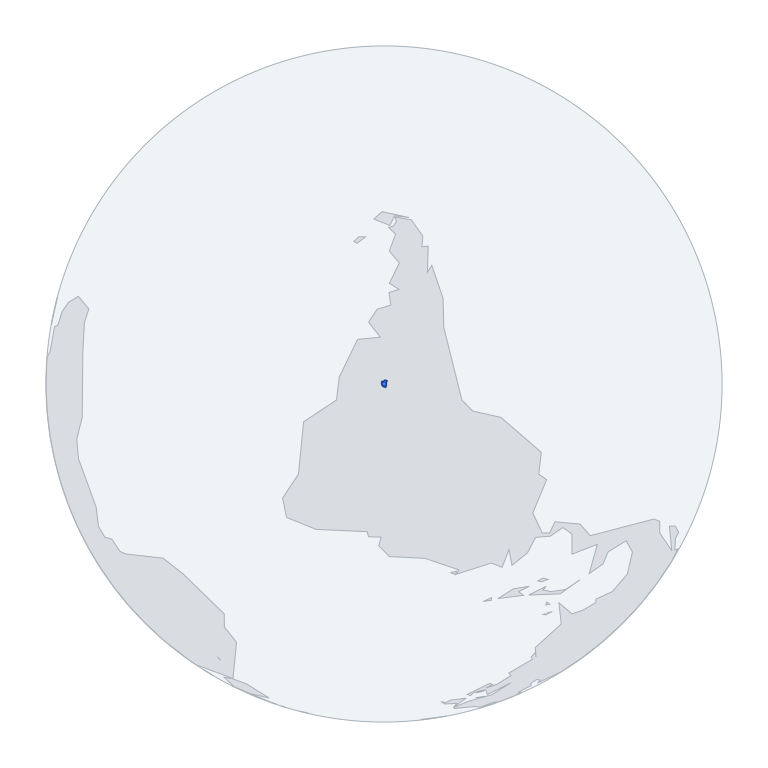 Paraguarí highlighted on a globe, orthographic projection, rotated 167°
{"feature_id": "PRY-611", "entity_name": "Paraguarí", "entity_type": "Department", "adm_level": 1, "iso_a3": "PRY", "parent_name": "Paraguay", "parent_adm1": "", "projection": "orthographic", "projection_center": [-57.025, -26.024], "detail": "fine", "context": "on_globe", "style": "filled", "palette": "blue", "viewbox_px": 768, "rotation_deg": 167, "n_neighbors": 0, "source": "natural_earth", "source_scale": "10m", "svg_char_len": 4806}
<svg xmlns="http://www.w3.org/2000/svg" viewBox="0 0 768 768"><g transform="rotate(167 384 384)"><circle cx="384" cy="384" r="338" fill="#eef3f6" stroke="#a8b0b8"/><path d="M277.6,63.3L278.0,63.3L301.6,58.2L298.3,60.3L301.7,61.7L308.5,59.1L308.3,57.2L321.7,53.6L319.9,52.8L325.1,51.6L327.5,50.8L338.8,49.1L348.4,48.2L347.0,49.1L351.2,49.1L362.0,47.4L368.4,49.4L388.5,52.0L388.9,53.3L372.7,55.9L348.8,57.0L327.8,64.2L353.2,58.2L353.7,63.0L358.7,63.6L365.6,63.1L370.0,61.0L372.6,62.8L348.5,68.5L345.7,66.8L353.4,64.8L342.1,65.8L325.9,71.3L327.4,74.3L301.3,82.4L302.0,84.9L296.8,88.6L297.3,83.8L295.8,93.2L265.3,110.3L262.8,131.5L252.5,117.7L241.0,118.9L226.7,123.4L226.0,126.7L208.1,130.4L189.7,144.0L179.7,164.4L183.3,176.8L203.4,170.0L211.0,159.4L226.7,153.1L212.2,179.8L239.1,175.9L234.6,195.6L242.0,204.0L256.2,198.3L270.8,200.5L282.2,187.2L300.1,178.6L299.5,194.5L310.2,178.8L319.7,185.4L355.9,182.4L352.9,186.1L383.3,204.9L417.5,214.6L425.5,227.7L421.2,235.5L433.4,238.6L433.6,243.9L482.9,257.6L508.9,275.9L508.5,295.6L487.6,315.5L470.8,365.3L433.9,379.1L426.0,400.9L399.7,433.4L377.1,430.4L385.1,447.8L373.8,458.4L359.6,459.4L358.6,472.0L348.1,472.8L356.1,480.9L341.8,498.6L348.9,512.4L339.1,527.3L344.2,535.6L339.5,535.7L335.3,539.3L335.8,544.2L320.4,537.8L312.9,519.2L316.2,509.1L309.9,508.4L316.5,483.3L310.7,488.8L307.2,454.1L313.0,425.6L311.7,350.8L303.6,337.6L277.6,325.2L246.1,282.0L253.5,261.5L247.1,254.1L268.1,224.7L263.3,203.2L256.1,201.6L248.4,211.3L224.5,203.4L217.3,189.8L151.4,191.7L146.2,188.0L148.8,176.8L141.1,156.8L137.9,181.3L132.1,180.0L130.2,173.2L134.7,168.1L138.0,156.8L134.9,157.3L143.6,146.5L163.0,128.4L183.7,111.8L205.7,97.0L228.8,83.9L252.8,72.6L277.6,63.3ZM259.6,139.9L290.5,145.8L271.5,150.4L275.4,147.6L267.9,144.1L253.3,142.9L237.0,149.2L259.6,139.9ZM276.7,124.2L271.2,124.4L276.8,123.2L276.7,124.2ZM322.4,51.7L324.3,51.4L322.2,51.8L321.2,52.0L322.4,51.7ZM347.2,552.4L322.2,540.6L335.8,545.5L342.7,537.2L356.7,547.0L347.2,552.4ZM368.8,531.5L378.4,527.2L381.3,529.6L375.4,533.1L368.8,531.5ZM600.7,124.7L598.0,122.7L605.7,134.2L598.5,131.3L585.3,122.6L566.5,103.8L584.6,112.8L578.2,107.7L560.8,96.2L567.8,100.5L564.3,98.2L600.7,124.7ZM708.6,477.9L706.2,485.9L701.8,491.2L692.1,514.0L688.4,514.9L681.5,526.8L672.9,534.6L662.1,538.2L654.7,523.5L662.1,511.3L670.5,482.0L685.5,419.5L695.8,399.3L698.5,379.7L692.2,329.2L694.2,309.4L690.5,297.5L684.1,294.1L678.8,280.2L674.1,276.6L638.5,264.0L622.5,244.2L591.4,196.0L594.2,183.1L585.8,165.5L597.4,131.0L609.9,139.3L630.4,152.8L634.8,157.5L643.2,167.7L657.3,185.2L670.5,204.9L682.4,225.3L692.7,246.6L701.6,268.6L708.9,291.1L714.6,314.0L718.7,337.3L721.1,360.9L721.9,384.5L721.1,408.2L718.5,431.7L714.4,455.0L708.6,477.9ZM605.2,151.2L607.7,155.8L605.2,151.2ZM357.1,182.1L361.3,185.1L355.4,185.4L357.1,182.1ZM268.1,156.7L275.0,155.8L278.4,157.5L272.9,159.1L268.1,156.7ZM327.9,149.1L336.2,149.8L327.3,151.6L327.9,149.1ZM295.6,146.7L321.3,149.3L304.0,155.3L287.9,154.2L299.5,151.3L295.6,146.7ZM272.0,132.2L276.1,132.3L274.4,135.0L272.0,132.2ZM280.8,123.5L279.0,124.0L277.3,122.5L280.8,123.5ZM355.1,62.7L357.1,62.3L363.8,62.2L360.1,63.2L355.1,62.7ZM396.6,58.5L400.0,61.6L395.0,59.7L390.5,61.0L374.5,59.4L388.2,53.9L384.9,56.4L396.6,58.5ZM356.9,56.9L365.6,57.7L355.6,57.1L356.9,56.9ZM540.3,84.4L536.9,82.9L530.5,79.5L540.3,84.4ZM556.6,93.5L552.8,91.4L553.4,91.6L556.6,93.5ZM363.1,46.7L363.9,46.7L357.6,47.1L363.1,46.7ZM354.2,47.4L358.7,47.2L349.3,47.9L354.2,47.4ZM422.7,48.3L422.1,48.2L423.7,48.9L409.1,47.4L398.1,46.4L397.6,46.4L422.7,48.3ZM624.3,146.4L622.3,144.4L616.9,139.1L624.3,146.4ZM682.3,542.7L684.6,538.1L692.2,522.6L694.9,516.4L682.3,542.7Z" fill="#d9dde1" stroke="#a8b0b8" stroke-width="1"/><path d="M385.5,381.8L385.8,382.1L386.0,382.2L385.9,382.2L385.9,382.3L385.9,382.5L386.0,382.9L386.0,383.0L386.2,383.3L386.3,383.5L386.2,383.6L385.9,383.7L385.9,383.8L385.9,384.1L386.0,384.2L386.3,384.9L386.3,385.1L386.1,385.3L386.0,385.6L386.0,385.9L385.9,385.9L385.9,386.0L385.8,386.3L385.7,386.4L385.6,386.5L385.5,386.8L385.4,386.9L385.3,387.0L385.1,386.7L384.9,386.7L384.7,386.6L384.4,386.4L384.1,386.3L384.1,386.2L383.9,386.2L383.9,386.3L383.7,386.4L383.6,386.5L383.4,386.8L383.2,386.9L383.2,387.0L383.1,387.3L382.8,387.4L382.3,387.5L382.2,387.5L382.0,387.4L381.9,387.4L381.7,387.3L381.7,387.2L381.2,387.1L381.1,386.9L380.9,386.9L380.8,386.7L380.7,386.5L380.6,386.4L380.4,386.3L380.5,386.2L380.9,385.6L381.6,384.9L381.5,383.9L381.7,383.7L381.8,383.5L382.0,383.3L382.0,383.1L381.9,382.6L381.9,382.3L381.9,382.1L382.0,382.0L382.1,381.9L382.2,381.7L382.4,381.5L382.9,380.8L382.9,380.7L383.1,380.6L383.3,380.5L383.5,381.0L383.8,381.1L384.0,381.1L384.5,381.1L384.7,381.4L384.8,381.5L384.7,381.7L384.6,381.8L384.9,381.9L385.0,381.8L385.1,381.7L385.3,381.7L385.5,381.8Z" fill="#3b82f6" stroke="#1e3a8a" stroke-width="1.5"/></g></svg>